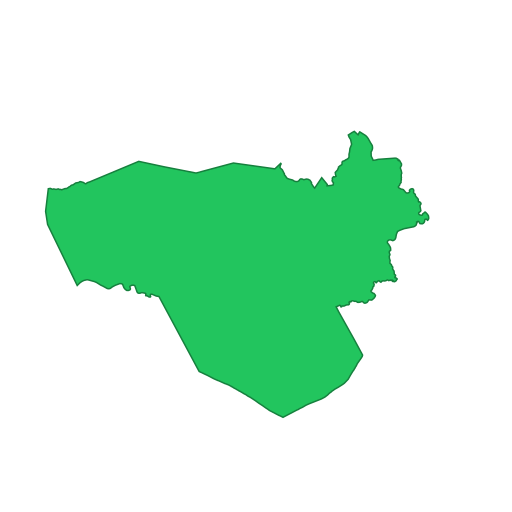 Manhiça, Maputo, Mozambique, rotated 62°
{"feature_id": "85939544B91620585279817", "entity_name": "Manhiça", "entity_type": "district", "adm_level": 2, "iso_a3": "MOZ", "parent_name": "Mozambique", "parent_adm1": "Maputo", "projection": "orthographic", "projection_center": [32.812, -25.289], "detail": "fine", "context": "isolated", "style": "filled", "palette": "green", "viewbox_px": 512, "rotation_deg": 62, "n_neighbors": 0, "source": "geoboundaries", "source_scale": "gbopen_adm2", "svg_char_len": 6048}
<svg xmlns="http://www.w3.org/2000/svg" viewBox="0 0 512 512"><g transform="rotate(62 256 256)"><path d="M305.1,87.7L304.6,86.6L303.7,85.7L301.6,84.9L299.8,85.0L297.2,85.7L296.7,85.9L296.5,86.3L296.9,87.7L297.1,89.1L297.9,89.8L297.8,90.6L297.2,91.5L296.1,92.4L295.1,92.5L294.3,92.1L294.1,91.7L293.9,90.0L293.4,89.2L288.5,87.6L287.5,85.9L286.8,85.6L285.6,85.8L284.9,86.2L284.6,87.0L284.0,87.0L282.4,86.2L281.7,86.1L277.9,87.0L276.5,86.5L276.0,86.5L274.8,87.1L274.1,87.1L273.6,86.9L271.9,85.8L270.7,85.8L269.8,86.6L269.5,88.3L269.9,89.5L270.2,89.8L271.3,90.0L271.8,91.0L271.8,91.7L271.5,92.7L271.1,93.4L270.4,93.9L266.7,94.7L265.9,95.3L265.5,96.0L264.4,96.9L262.8,97.9L262.2,98.0L261.8,97.9L261.5,97.5L261.0,96.1L260.1,95.3L259.1,93.3L257.9,92.8L257.0,91.9L255.7,91.4L255.1,90.8L253.7,90.3L252.1,89.4L251.3,88.4L248.8,87.7L246.2,87.3L245.3,86.6L244.5,85.2L243.1,84.3L239.0,84.4L238.5,84.6L238.3,85.0L238.5,85.5L238.0,85.6L237.2,85.2L235.5,86.3L234.9,87.2L228.0,102.8L227.4,105.4L226.5,107.7L225.3,107.5L222.1,107.4L220.9,106.9L218.1,105.5L217.5,104.4L216.1,102.9L215.2,102.3L213.5,101.6L212.5,101.5L210.0,101.7L205.2,101.8L203.4,102.0L201.2,102.6L195.1,106.1L195.1,106.3L196.9,109.0L192.1,110.7L192.1,113.2L192.5,117.7L194.7,118.0L197.6,117.8L202.2,119.1L202.7,119.6L205.2,122.6L208.1,124.6L209.8,126.1L211.9,127.2L212.7,127.8L213.1,128.8L213.3,130.0L213.2,131.6L213.4,133.3L213.2,134.2L213.1,135.2L213.6,136.0L215.1,136.8L215.7,137.6L215.7,139.1L216.2,141.4L217.1,142.0L217.6,142.9L218.2,143.4L219.4,146.8L221.5,147.6L223.2,147.9L223.0,149.8L222.4,150.2L222.5,150.8L222.9,151.8L223.2,152.2L224.0,152.4L225.1,153.4L226.3,153.6L227.6,153.2L229.4,154.4L229.5,154.5L229.0,156.4L227.4,160.3L226.3,159.5L217.7,161.2L223.6,172.3L222.0,172.7L218.1,173.1L217.2,172.5L214.4,172.8L212.7,174.0L211.7,175.4L211.1,177.9L209.6,179.2L208.9,180.4L209.0,181.5L209.5,182.3L209.8,183.3L209.7,184.4L209.2,185.5L208.1,186.9L206.1,188.0L203.8,190.5L202.6,191.6L201.5,192.2L199.3,192.4L198.2,192.7L197.5,192.7L196.6,192.3L195.8,192.4L192.5,192.3L191.9,192.4L190.0,193.2L189.3,193.3L188.0,192.5L187.3,191.8L186.5,190.6L185.8,190.7L187.9,198.4L163.3,232.3L154.6,270.0L133.9,295.5L117.4,315.1L112.4,369.0L112.2,369.3L112.1,370.4L112.1,371.0L112.3,371.7L112.3,372.2L112.2,372.6L111.7,373.0L110.0,373.9L108.0,376.0L107.7,376.5L107.8,378.1L106.9,380.8L107.0,382.1L107.3,384.1L106.9,385.4L106.9,386.2L107.3,387.6L107.2,389.0L107.4,389.6L107.5,391.5L106.8,393.0L106.3,396.5L105.5,397.2L105.0,398.3L104.1,398.8L103.8,399.4L103.6,400.6L103.2,401.5L101.8,403.1L101.6,404.2L101.4,404.5L99.7,405.9L99.1,407.8L117.8,420.8L130.3,425.2L198.1,427.7L197.0,424.0L196.7,421.5L196.8,419.4L197.6,416.4L198.2,415.5L202.6,410.8L204.4,409.3L208.9,406.7L210.6,405.4L214.9,402.6L215.5,401.8L215.9,401.2L216.2,399.8L215.8,397.3L215.8,393.8L216.0,392.5L216.4,389.3L217.1,388.1L217.5,387.6L218.5,387.1L222.0,387.5L224.2,387.1L225.8,386.2L226.6,384.7L226.7,383.2L226.3,382.5L225.5,382.1L224.2,382.0L223.8,381.8L223.5,381.3L223.5,379.5L224.1,378.0L225.2,377.0L225.8,377.0L231.9,377.9L232.9,377.8L233.7,377.2L234.4,375.9L234.5,374.7L235.0,373.6L236.7,371.5L237.2,371.1L237.9,371.1L238.9,371.9L239.6,371.8L239.8,371.0L240.2,370.7L241.8,369.8L242.3,369.2L242.6,368.7L242.5,368.2L242.0,367.9L241.1,367.8L240.6,367.5L240.4,367.1L240.4,366.6L241.0,365.7L244.5,362.9L246.2,360.7L331.3,360.4L338.9,354.7L344.5,350.9L348.2,348.0L348.5,347.6L354.1,343.3L355.6,341.8L356.0,341.7L356.3,341.2L359.2,339.2L359.7,339.1L359.9,338.7L362.8,337.1L363.0,336.8L365.0,335.6L366.8,334.4L367.3,334.3L367.6,333.9L370.3,332.2L371.6,331.5L373.7,330.0L375.8,329.0L378.1,327.4L383.4,324.5L387.5,322.5L390.9,320.6L395.7,318.2L396.0,317.9L398.6,316.7L407.9,310.3L408.1,310.0L411.1,307.9L411.2,292.2L411.4,290.3L411.2,289.4L411.4,285.9L411.2,282.0L411.4,278.7L412.9,265.4L412.9,261.4L412.3,257.9L411.6,255.6L411.4,253.7L410.9,251.8L410.9,251.1L410.6,249.1L410.5,245.0L410.1,239.7L409.8,237.7L408.1,232.5L405.6,228.6L403.4,224.9L402.4,222.8L402.1,222.5L401.3,221.0L400.9,220.6L400.1,219.1L398.6,217.1L395.4,210.8L394.5,209.3L393.5,208.4L376.1,208.5L343.8,209.2L338.5,209.1L338.8,205.2L339.4,204.7L340.8,204.9L341.0,204.6L341.0,204.1L340.7,203.6L340.8,202.9L341.5,201.9L341.7,199.0L342.5,197.3L342.5,196.6L342.0,195.9L340.6,195.6L340.4,195.4L340.3,194.4L340.9,194.1L341.1,193.9L340.7,192.9L340.7,192.1L341.1,191.4L342.3,190.3L342.9,189.0L343.5,188.6L344.5,188.2L345.2,187.0L345.6,185.9L345.7,184.9L345.9,183.8L346.2,183.3L347.9,182.8L348.5,182.4L348.9,181.7L349.1,180.6L349.1,179.7L348.8,178.9L347.8,177.1L348.1,176.3L349.2,174.6L349.2,173.8L348.5,171.2L347.6,169.7L347.0,169.1L346.7,169.0L345.0,169.3L344.3,169.5L343.8,170.1L342.9,170.6L342.2,170.8L341.8,171.1L340.9,171.0L340.6,170.7L340.4,169.7L339.1,167.9L338.6,167.7L338.2,167.3L338.1,166.4L337.8,166.0L336.5,165.0L335.8,164.9L335.1,165.0L334.5,164.6L334.3,163.9L334.3,163.2L334.6,162.8L335.0,162.6L335.9,162.6L336.1,162.3L335.5,160.8L335.4,159.4L335.5,159.0L336.9,158.6L337.8,158.0L337.4,156.7L337.4,156.1L337.6,155.4L338.3,154.4L338.8,153.0L338.8,151.3L339.1,150.9L340.1,150.3L340.3,148.8L340.7,148.6L340.7,148.0L341.1,147.7L341.4,146.9L341.9,146.6L342.4,147.4L342.7,147.2L343.1,146.3L343.6,146.1L343.8,145.4L343.6,143.7L342.9,143.0L342.7,142.2L342.4,142.1L341.3,142.5L340.4,143.4L340.0,143.4L339.0,142.0L338.3,141.8L337.0,142.4L334.1,141.2L331.7,141.5L330.1,140.5L329.4,140.5L328.6,140.8L327.1,140.5L325.4,141.2L323.7,140.3L323.0,139.7L320.7,139.3L318.8,138.5L318.0,137.4L317.5,137.0L315.8,136.8L315.0,136.5L314.5,136.0L314.2,135.3L314.4,134.8L314.2,134.4L312.5,133.6L311.6,133.3L310.5,133.3L307.9,133.4L306.5,133.8L306.0,133.7L305.5,133.6L304.7,132.9L304.3,131.9L304.4,130.6L305.0,129.5L306.7,128.0L306.8,126.6L306.6,125.5L305.6,124.1L302.7,121.8L300.8,119.5L300.8,117.1L301.4,112.4L304.2,103.1L304.3,101.8L303.8,99.9L301.9,98.4L302.0,98.2L301.4,98.2L301.4,97.0L301.6,96.5L302.3,96.1L304.4,96.0L305.6,94.2L305.7,93.0L305.3,91.8L304.4,90.7L303.4,90.1L303.0,89.7L303.0,89.2L303.5,88.4L303.6,88.0L304.9,87.9L305.1,87.7Z" fill="#22c55e" stroke="#15803d" stroke-width="1.5"/></g></svg>